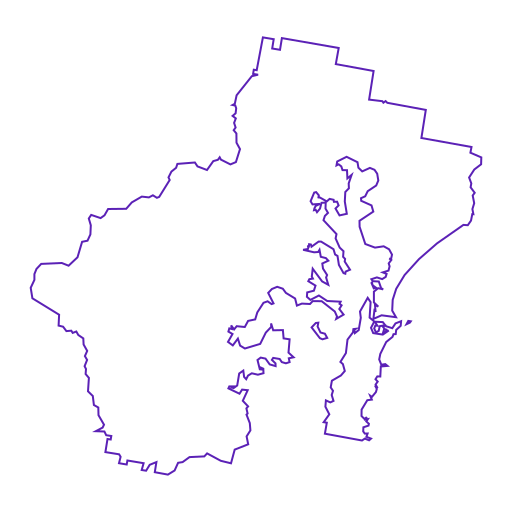 the district of Lake Macquarie, New South Wales, Australia
{"feature_id": "25037944B40753124190116", "entity_name": "Lake Macquarie", "entity_type": "district", "adm_level": 2, "iso_a3": "AUS", "parent_name": "Australia", "parent_adm1": "New South Wales", "projection": "orthographic", "projection_center": [151.587, -33.038], "detail": "fine", "context": "isolated", "style": "outline", "palette": "violet", "viewbox_px": 512, "rotation_deg": 0, "n_neighbors": 0, "source": "geoboundaries", "source_scale": "gbopen_adm2", "svg_char_len": 6066}
<svg xmlns="http://www.w3.org/2000/svg" viewBox="0 0 512 512"><path d="M247.6,413.5L246.4,408.4L248.1,406.4L242.8,400.8L247.7,390.2L242.1,389.6L239.5,393.7L228.4,388.4L229.3,386.4L234.2,386.4L232.2,387.7L233.6,388.1L237.2,385.5L239.2,373.5L243.3,370.6L244.1,376.9L246.2,379.2L248.0,375.6L251.8,373.3L257.9,374.7L263.5,373.2L263.3,368.7L261.1,367.7L261.8,369.5L259.8,369.3L257.5,360.0L260.7,357.6L265.5,358.6L269.7,364.4L275.6,366.1L275.5,363.4L271.9,359.9L273.2,357.9L279.7,359.0L281.8,362.1L285.9,363.3L289.6,362.1L288.8,358.3L293.6,357.3L288.5,352.6L289.6,339.3L283.6,338.4L282.9,330.1L273.2,330.3L271.1,323.4L271.2,326.9L265.8,332.6L260.2,343.9L244.9,348.5L240.1,345.6L237.9,338.6L232.8,345.4L228.0,341.9L232.5,334.0L228.4,331.6L229.3,328.4L231.8,329.0L231.2,325.4L234.1,329.4L236.7,326.2L244.8,327.0L248.1,320.9L255.2,319.4L257.3,312.4L263.5,302.8L267.6,301.3L271.6,304.1L273.5,303.4L268.2,292.9L271.9,289.0L277.2,286.8L282.8,288.7L285.9,292.9L295.1,298.5L296.9,305.6L301.9,303.6L310.0,304.0L312.7,301.1L321.7,301.2L334.8,311.5L337.0,316.5L336.2,318.9L343.6,314.6L339.3,309.0L341.6,305.3L339.5,303.8L340.6,301.7L327.2,301.0L318.9,295.5L310.4,299.9L306.9,296.8L307.2,292.4L313.9,290.7L315.5,285.6L308.3,281.2L309.3,279.2L312.9,278.6L311.8,276.6L312.7,268.7L322.1,281.4L328.3,284.8L326.1,277.5L327.1,275.0L323.0,268.6L322.3,263.5L328.3,260.7L325.9,258.1L320.8,256.8L319.5,249.8L318.2,252.0L314.1,252.3L303.1,249.8L307.9,249.0L308.6,246.5L307.1,246.1L308.9,246.4L309.1,244.2L310.9,244.5L311.5,246.7L318.6,241.6L321.1,241.6L333.5,249.2L335.1,254.5L337.5,255.9L338.9,264.9L343.5,273.1L345.3,273.7L345.6,271.6L350.0,269.7L344.7,261.5L345.1,258.9L343.1,256.8L343.5,251.2L339.7,247.6L335.6,238.4L336.5,234.1L323.5,220.2L324.9,215.9L328.0,212.9L325.5,208.6L325.7,202.6L321.5,202.8L320.0,208.6L317.0,212.2L315.7,209.8L314.0,210.2L314.4,208.4L315.7,205.9L320.0,203.9L312.5,204.4L310.6,201.2L314.2,192.6L316.1,192.1L318.8,195.3L318.3,198.3L318.8,196.9L326.8,201.4L329.6,198.9L333.6,199.8L333.9,201.8L337.1,201.7L338.6,205.4L335.5,208.5L339.5,215.4L346.8,213.8L344.8,201.5L345.3,192.0L348.9,188.3L348.7,183.4L351.6,174.9L347.4,178.4L347.0,170.2L342.5,170.1L341.3,166.4L338.6,164.3L336.5,165.4L337.2,161.5L346.6,156.8L357.5,162.2L358.4,167.7L362.2,171.4L369.9,167.9L374.5,169.8L377.2,173.7L378.3,180.5L376.2,185.5L367.7,191.2L365.2,196.3L361.0,198.2L361.2,200.8L371.5,205.4L373.3,211.6L359.5,220.8L359.6,226.8L365.3,244.0L375.0,247.6L383.7,246.3L389.1,249.3L392.0,254.6L391.1,258.9L389.3,258.5L391.3,260.0L388.7,263.4L389.6,266.3L388.5,270.6L382.8,272.4L386.6,273.9L385.7,276.9L382.2,279.1L376.9,277.4L371.4,279.2L372.8,281.2L378.8,281.5L381.1,288.1L383.2,289.4L378.2,288.2L373.9,291.6L373.9,302.4L378.3,306.6L375.0,305.0L375.6,312.0L374.6,308.7L373.4,318.9L381.6,315.3L396.0,317.2L392.2,310.6L392.7,299.8L396.2,288.8L404.6,275.0L419.0,259.1L437.0,243.4L463.4,224.9L467.8,225.2L471.0,220.6L472.3,214.1L473.4,214.2L472.4,209.1L474.2,203.2L472.7,195.5L474.7,192.8L470.6,187.3L471.3,183.4L469.1,177.5L474.3,169.5L481.1,164.3L481.3,157.4L470.4,152.7L471.5,147.0L421.4,138.0L425.8,109.9L387.3,102.8L385.6,101.1L383.4,102.7L382.4,101.2L369.1,99.6L373.6,71.0L335.8,64.1L338.7,48.0L281.9,38.1L280.0,49.8L272.2,48.5L273.7,39.2L262.9,37.4L256.7,70.2L253.8,69.7L253.1,73.9L258.1,74.7L251.8,76.2L236.6,95.3L234.8,103.8L232.6,105.0L235.3,105.6L236.2,108.3L235.6,113.3L232.6,115.9L235.8,118.4L234.1,122.9L235.6,127.5L233.7,130.2L236.4,133.5L236.5,142.7L240.0,149.1L235.9,162.1L230.4,164.4L220.9,159.6L219.7,157.3L217.9,159.8L213.3,161.1L207.0,170.0L197.5,166.4L194.9,162.5L177.4,163.9L176.1,167.8L171.4,171.6L168.5,177.4L169.7,180.0L159.2,196.9L156.9,197.8L152.9,195.3L148.9,197.4L141.8,196.6L131.8,202.4L126.2,208.8L108.1,209.0L104.5,215.3L100.6,218.1L91.2,214.9L88.8,218.5L90.8,225.3L90.4,234.4L87.5,240.7L82.1,241.8L77.5,257.3L68.6,265.7L61.8,263.0L41.2,263.9L36.5,268.9L34.4,274.1L34.4,279.9L30.7,287.8L32.4,298.3L59.1,314.7L58.6,325.6L63.1,326.7L66.4,331.1L71.3,330.7L72.7,332.9L76.3,331.5L78.3,335.0L83.3,338.4L83.6,344.5L87.2,350.9L84.9,356.1L87.1,359.9L84.6,366.2L86.0,369.0L85.6,374.0L88.9,377.9L88.0,391.3L92.8,396.0L93.9,405.0L98.3,407.5L98.5,415.2L104.0,424.7L102.6,427.6L95.8,431.2L104.4,431.5L106.2,435.2L111.3,436.0L110.7,439.5L107.5,439.0L105.4,452.1L119.1,454.3L120.6,456.8L119.0,463.2L126.7,464.5L127.4,460.5L143.6,463.2L141.7,470.0L146.1,470.7L149.7,464.8L156.4,462.1L154.8,472.2L167.9,474.6L174.6,470.5L178.1,462.8L182.6,462.1L189.5,457.1L204.3,456.4L207.1,453.4L220.8,460.8L231.0,463.3L234.7,449.6L248.2,444.3L246.6,436.4L250.4,430.4L249.8,423.1L246.5,414.6L247.6,413.5ZM362.0,440.5L364.8,438.6L369.1,440.3L371.0,438.6L366.4,436.8L367.6,433.5L364.8,433.6L363.2,431.4L363.4,427.3L368.5,425.6L368.9,423.8L366.3,421.4L367.9,419.1L365.6,419.5L366.8,417.2L364.4,418.9L361.5,416.0L361.6,409.6L367.3,400.2L371.8,399.6L370.2,395.7L371.9,396.9L375.9,392.1L376.8,388.9L375.0,385.5L377.6,388.1L375.6,384.5L377.7,381.6L375.5,379.2L377.3,376.4L380.3,376.5L380.8,366.5L387.5,365.9L385.3,364.1L381.3,364.7L379.2,359.4L380.3,353.9L386.2,342.0L392.5,336.9L393.5,334.2L395.7,334.1L396.2,329.9L400.7,325.8L401.1,321.2L395.5,323.4L392.3,328.2L386.0,326.2L382.8,322.1L374.8,321.7L377.4,325.7L375.3,325.6L374.2,328.5L375.9,332.3L378.7,330.9L379.7,326.2L382.8,325.6L384.5,325.7L383.1,327.0L384.8,329.2L387.4,329.9L384.0,329.6L383.0,332.9L388.8,330.5L382.8,334.6L373.2,333.1L371.0,327.8L374.3,321.5L369.6,317.6L370.6,302.1L367.7,297.8L360.0,311.5L360.8,317.8L358.7,330.1L354.9,333.1L354.3,329.9L355.8,328.8L353.4,329.1L353.0,332.3L347.5,339.6L345.9,353.1L340.4,361.9L342.9,364.1L344.8,371.0L340.9,375.5L331.9,380.7L330.7,387.4L333.0,390.8L331.7,395.0L333.5,400.9L330.3,402.4L325.9,400.4L325.4,406.7L329.3,414.3L323.7,422.2L326.8,422.7L324.9,433.7L362.0,440.5ZM327.2,337.9L324.9,333.7L320.5,332.5L317.6,326.5L318.3,322.7L315.8,323.0L311.6,327.4L319.9,338.2L322.5,339.3L327.2,337.9ZM371.8,282.9L372.8,282.4L371.9,282.5L371.5,283.0L373.8,288.4L376.0,287.7L372.8,285.4L371.8,282.9ZM410.8,321.3L408.3,320.9L406.5,324.2L409.9,322.6L410.8,321.3Z" fill="none" stroke="#5b21b6" stroke-width="2"/></svg>